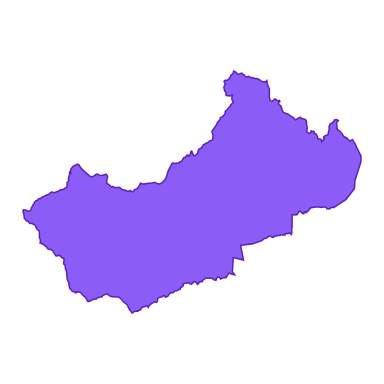 Musi Rawas Utara, Sumatera Selatan, Indonesia (Natural Earth projection)
{"feature_id": "22746128B26074251210079", "entity_name": "Musi Rawas Utara", "entity_type": "district", "adm_level": 2, "iso_a3": "IDN", "parent_name": "Indonesia", "parent_adm1": "Sumatera Selatan", "projection": "natural_earth1", "projection_center": [102.781, -2.706], "detail": "fine", "context": "isolated", "style": "filled", "palette": "violet", "viewbox_px": 384, "rotation_deg": 0, "n_neighbors": 0, "source": "geoboundaries", "source_scale": "gbopen_adm2", "svg_char_len": 5958}
<svg xmlns="http://www.w3.org/2000/svg" viewBox="0 0 384 384"><path d="M131.7,312.9L132.5,312.9L134.2,311.5L137.7,311.2L137.5,310.7L138.5,310.6L140.8,309.7L140.9,308.5L142.8,307.1L145.6,306.4L146.2,305.7L147.5,306.0L148.3,307.5L149.1,305.7L150.8,304.1L154.5,301.8L156.3,302.4L157.5,301.2L157.4,299.4L158.0,298.0L159.7,297.3L162.1,296.9L162.7,296.1L163.3,296.0L163.8,295.6L164.6,295.7L165.3,297.2L167.7,296.4L169.8,293.4L171.5,292.5L171.8,292.7L172.8,292.8L174.1,291.9L174.3,291.0L176.5,290.8L178.0,290.0L180.4,289.1L180.3,287.7L182.0,286.9L183.1,285.9L183.3,285.1L183.0,284.2L185.1,283.2L186.5,283.2L187.4,282.7L188.6,282.7L189.5,283.5L189.6,283.3L191.6,284.3L192.4,283.1L193.4,282.6L193.4,282.1L193.9,281.6L195.3,281.6L196.0,282.4L196.3,282.1L196.1,282.5L196.7,282.9L197.4,284.4L198.6,283.7L198.6,282.8L200.3,281.7L202.3,281.6L202.5,280.6L205.7,278.1L211.9,278.1L213.9,279.8L215.2,280.2L216.2,280.0L216.3,278.5L217.4,277.2L219.2,277.2L220.8,279.1L222.8,277.8L226.1,277.6L225.9,276.8L226.8,276.3L227.4,275.1L229.0,273.0L232.3,274.3L234.7,274.8L232.4,271.7L233.3,257.6L243.5,260.1L240.6,245.3L252.4,243.9L260.8,241.0L262.3,240.2L264.0,238.7L266.7,238.0L267.7,237.4L268.1,236.6L270.0,235.8L272.2,237.3L273.3,237.4L274.5,236.1L276.4,236.1L277.7,235.4L279.9,235.5L280.7,235.0L282.2,234.7L283.2,235.1L283.4,234.8L285.0,234.9L284.8,234.2L286.3,233.3L287.5,233.7L287.6,233.4L288.7,233.4L289.7,232.7L291.2,234.5L291.8,233.2L291.7,228.3L292.1,227.4L292.1,215.9L291.9,214.9L297.0,214.8L299.2,211.3L300.1,211.3L302.9,213.7L303.9,213.7L304.0,214.2L303.9,212.5L305.3,211.7L305.8,212.6L307.0,212.1L309.9,208.9L310.1,208.3L310.5,207.9L313.4,207.4L313.5,207.2L318.2,206.9L320.7,207.4L324.6,206.9L326.3,207.5L326.9,208.7L326.9,209.4L327.0,208.8L329.6,208.9L331.1,207.6L331.9,207.3L332.6,207.4L334.1,207.0L334.1,207.3L346.0,199.5L354.5,188.5L354.9,180.6L360.9,161.8L361.0,156.0L360.7,155.4L360.9,155.4L360.7,155.4L356.8,147.7L354.9,143.3L353.7,141.9L352.5,139.6L349.9,141.1L347.1,138.5L346.8,137.8L345.9,137.8L345.6,137.2L344.8,137.2L343.6,136.2L342.5,134.4L339.8,131.1L337.3,129.5L336.8,126.1L336.9,125.4L336.5,123.4L337.0,122.0L338.3,120.7L336.8,119.6L334.5,119.9L333.9,121.2L332.6,122.7L330.4,123.6L329.1,126.2L329.1,130.0L328.2,132.8L328.3,134.3L327.2,135.1L325.0,135.7L324.6,136.5L323.5,137.0L323.5,137.9L324.0,138.5L324.0,139.5L323.2,140.4L322.1,140.5L321.7,141.5L321.1,139.4L320.6,139.1L319.1,139.1L317.8,138.3L316.9,135.3L315.8,133.8L314.4,133.4L314.3,132.0L313.8,131.3L313.3,131.2L312.4,131.5L311.3,130.8L311.0,131.0L310.8,132.7L310.2,133.1L308.2,132.9L307.6,132.4L307.1,131.8L306.8,130.7L307.3,127.8L306.4,124.0L306.6,121.7L306.0,120.2L304.8,119.3L301.5,118.5L300.3,117.2L298.2,118.2L295.6,120.0L293.0,117.3L291.6,116.7L288.0,114.1L284.1,112.8L283.3,112.3L282.0,109.7L281.8,107.9L280.9,107.0L280.9,106.0L280.2,105.4L278.8,104.8L278.6,102.6L279.9,101.4L279.4,100.5L277.3,100.6L275.4,99.1L274.8,98.9L272.2,101.3L271.2,101.3L270.6,100.8L270.0,99.9L269.3,97.2L269.4,89.3L267.2,83.6L266.8,80.6L265.6,81.9L262.8,81.8L261.6,81.4L259.9,80.0L257.3,78.6L255.1,78.6L253.0,77.7L251.1,77.7L248.6,76.3L246.5,77.0L245.6,76.8L244.0,74.7L242.8,74.4L241.9,73.2L240.9,73.3L238.9,74.3L237.5,74.0L235.8,72.1L233.6,71.1L232.9,73.8L230.9,75.1L230.3,77.1L229.4,78.0L228.8,79.3L228.2,79.5L227.1,80.4L225.1,80.2L224.2,81.1L224.1,81.8L225.3,84.0L224.3,85.7L223.9,87.4L224.6,90.9L225.9,92.1L226.0,95.1L226.6,95.6L230.3,96.0L232.3,95.3L232.4,95.9L231.7,98.4L232.5,101.0L233.2,101.8L233.2,102.8L231.4,104.1L230.7,104.9L229.7,106.8L228.0,108.5L227.1,109.8L225.3,111.2L225.2,113.3L224.3,114.9L223.1,115.8L222.7,116.6L220.3,117.6L220.1,119.5L217.6,122.1L216.3,125.1L211.9,131.3L213.1,135.9L212.6,139.9L209.4,141.0L208.5,142.3L206.7,142.9L203.2,145.0L202.0,147.2L200.6,148.4L199.3,148.8L198.0,151.0L197.6,153.8L196.9,154.0L194.9,155.8L193.4,155.4L191.7,151.1L190.7,152.0L190.8,153.2L190.2,153.8L190.1,155.0L189.3,156.0L188.6,156.4L187.9,155.1L186.8,155.2L185.7,156.8L184.9,157.4L183.6,157.8L181.7,161.2L179.5,162.0L178.8,163.0L174.3,163.5L173.1,162.9L172.1,163.3L167.9,171.6L167.1,174.8L165.8,178.3L164.8,179.9L162.1,182.7L160.0,183.9L159.1,184.0L157.6,183.7L154.4,182.3L152.5,183.1L148.0,183.3L145.4,183.9L142.2,183.9L140.5,183.1L139.4,185.5L137.1,188.7L134.3,189.8L133.6,191.2L132.9,191.7L132.4,191.9L130.3,190.4L128.1,191.4L127.3,191.2L125.5,190.2L122.4,189.8L119.6,187.4L114.9,187.7L112.6,186.4L111.2,186.9L109.0,184.7L107.3,183.6L106.9,182.9L106.6,180.9L106.9,179.3L107.5,177.8L107.5,176.1L106.2,174.2L101.6,175.5L99.2,175.3L97.4,173.9L94.8,175.1L94.3,175.8L93.2,176.4L91.3,176.7L90.7,176.6L90.0,176.3L82.6,169.8L80.6,167.5L78.5,164.4L77.4,164.2L72.9,166.4L70.8,169.4L70.4,171.9L70.7,172.7L69.7,172.0L69.4,172.9L69.9,174.4L69.3,175.0L68.4,178.5L68.4,179.4L68.8,180.3L68.6,181.1L67.1,182.4L67.0,186.7L66.5,187.5L65.3,188.0L63.2,189.5L60.6,189.7L58.8,191.0L55.0,192.4L53.9,192.7L52.1,192.0L50.9,192.3L48.6,194.4L46.5,195.0L44.5,196.2L43.1,196.6L40.3,198.5L38.2,199.0L37.5,200.3L35.7,200.9L34.4,202.5L34.2,203.8L33.1,204.6L32.3,206.3L32.4,206.7L31.5,207.5L31.0,209.9L29.3,211.2L28.0,211.2L25.7,210.0L23.5,209.8L23.0,210.9L24.0,215.2L24.3,218.2L26.5,220.9L28.2,221.4L29.6,223.3L30.3,223.5L31.7,223.4L35.2,225.2L36.9,229.1L39.4,231.2L39.4,237.4L40.5,240.4L40.1,243.1L41.4,243.3L41.7,243.8L44.0,244.6L44.2,245.2L45.9,246.4L48.1,249.1L49.9,249.3L52.9,250.7L53.9,252.8L55.9,255.8L57.1,256.0L57.9,255.3L59.2,255.7L60.1,255.4L60.7,256.6L62.9,258.3L64.1,258.9L63.9,261.8L63.5,262.8L63.9,264.3L64.9,264.6L65.6,269.3L66.4,271.0L67.3,279.6L67.9,281.2L68.4,281.6L69.1,283.6L68.9,284.6L69.6,287.9L70.0,288.8L71.3,289.8L72.3,291.5L73.4,291.5L74.7,292.0L75.1,292.8L76.8,292.5L76.6,291.8L79.3,291.9L81.4,293.3L82.5,294.9L85.5,297.5L87.2,300.2L87.4,301.2L88.9,301.5L93.8,299.2L96.3,299.0L97.2,298.0L100.2,297.0L101.9,297.0L102.9,295.4L106.9,293.8L110.4,296.3L112.2,296.7L118.8,297.1L121.3,299.2L123.1,301.6L127.1,304.6L129.4,309.6L131.2,311.6L131.7,312.9Z" fill="#8b5cf6" stroke="#5b21b6" stroke-width="1.5"/></svg>